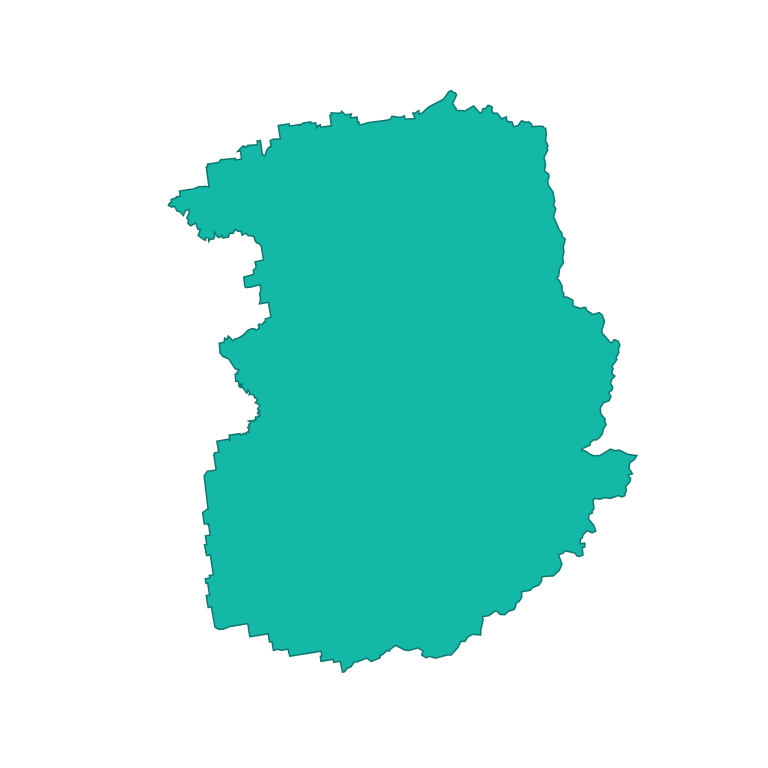 the district of Scenic Rim, Queensland, Australia, rotated 252°
{"feature_id": "25037944B99333709196563", "entity_name": "Scenic Rim", "entity_type": "district", "adm_level": 2, "iso_a3": "AUS", "parent_name": "Australia", "parent_adm1": "Queensland", "projection": "albers", "projection_center": [152.791, -28.04], "detail": "fine", "context": "isolated", "style": "filled", "palette": "teal", "viewbox_px": 768, "rotation_deg": 252, "n_neighbors": 0, "source": "geoboundaries", "source_scale": "gbopen_adm2", "svg_char_len": 6171}
<svg xmlns="http://www.w3.org/2000/svg" viewBox="0 0 768 768"><g transform="rotate(252 384 384)"><path d="M577.8,615.1L579.5,615.1L580.8,612.6L583.1,604.3L585.6,604.6L588.6,602.7L588.6,600.8L591.8,596.1L588.4,591.4L588.5,586.9L593.6,586.8L595.4,582.8L597.0,582.2L600.3,582.9L599.8,577.9L606.5,575.4L607.9,571.2L611.6,571.2L613.8,572.5L616.0,570.7L616.9,569.0L614.5,565.9L615.2,563.2L612.5,561.2L611.8,559.0L620.8,555.2L618.5,544.3L619.4,544.0L621.9,537.3L623.9,537.7L629.3,535.8L636.5,542.4L638.9,541.8L639.7,540.1L642.1,538.9L642.1,536.1L636.5,528.7L633.6,511.8L629.9,504.0L629.8,500.9L633.3,501.6L632.1,497.1L632.8,495.0L626.7,495.6L629.5,485.8L632.7,486.3L632.4,481.9L636.2,474.3L634.2,472.3L633.7,470.0L637.4,450.0L637.7,442.1L638.8,440.6L640.9,441.1L641.1,440.0L646.3,440.8L647.3,434.3L650.9,436.4L651.9,430.3L656.5,428.1L655.0,426.1L658.2,417.4L656.2,417.1L656.3,415.6L645.9,413.7L647.8,403.0L650.2,403.5L650.3,402.5L649.9,400.2L647.6,398.9L653.5,399.8L654.3,395.1L655.9,395.4L657.2,387.5L655.9,384.0L656.8,384.1L658.4,373.9L660.8,374.1L662.5,363.3L648.9,361.1L651.0,354.9L650.7,351.0L644.4,349.9L644.8,347.7L642.6,344.7L638.0,341.6L639.8,339.2L653.7,341.7L654.3,338.4L650.5,337.7L653.1,328.0L652.2,327.6L652.5,324.6L651.5,324.5L653.7,324.2L653.8,323.0L650.4,316.7L649.9,319.5L641.9,318.0L642.9,312.1L644.5,312.3L647.8,298.1L645.8,295.1L647.7,284.1L645.3,283.6L645.5,282.1L625.3,278.4L627.0,275.7L628.9,268.3L628.4,262.8L630.7,249.2L625.6,248.3L626.2,244.4L625.3,244.2L625.2,238.6L622.2,237.7L622.4,236.1L620.4,234.1L617.7,237.1L617.9,239.6L612.5,240.7L610.9,243.2L606.2,245.3L610.1,248.4L610.5,252.2L607.2,251.8L602.8,247.8L600.1,248.8L597.6,247.1L594.2,249.0L595.2,254.7L588.7,254.8L588.2,257.2L582.6,253.1L576.5,257.7L575.9,258.8L578.0,259.2L577.9,261.3L577.0,262.4L573.9,261.4L575.3,263.5L574.6,266.7L576.1,268.3L580.7,269.6L575.2,271.3L574.1,272.7L575.5,275.5L572.8,275.6L571.7,281.4L575.0,283.8L574.0,287.1L577.2,290.2L574.3,292.3L573.5,295.1L569.3,295.1L570.2,299.3L567.0,300.6L565.9,304.1L563.4,306.2L560.8,305.6L557.3,306.6L557.1,307.8L553.6,309.9L539.2,307.7L540.0,299.1L534.4,298.5L532.5,294.7L529.4,294.4L528.6,293.2L529.0,283.6L519.9,281.8L518.5,282.3L517.4,286.4L516.8,296.8L511.4,295.9L508.4,293.7L502.6,292.7L498.7,290.3L497.4,299.3L482.6,297.2L482.5,291.2L479.6,290.1L480.0,288.9L478.2,286.3L479.5,283.8L478.6,282.5L475.9,282.8L474.5,279.0L476.5,277.9L477.4,275.9L477.3,271.4L473.9,265.1L472.5,258.5L473.1,256.3L471.6,253.9L477.7,250.7L474.8,248.3L476.9,246.6L473.1,244.8L473.7,239.9L464.1,237.7L459.8,239.4L455.9,244.0L444.4,247.2L442.4,250.6L440.6,247.8L438.7,248.2L439.4,245.5L432.3,243.8L431.6,246.4L426.3,245.4L424.9,246.8L427.8,247.1L428.1,249.1L425.7,248.3L418.5,250.2L417.8,250.9L420.2,252.8L417.8,253.5L415.5,252.4L415.6,254.2L413.5,256.8L411.0,256.7L409.1,258.5L407.7,258.5L406.0,255.8L402.2,259.5L399.2,256.0L397.5,256.8L395.5,255.1L395.8,257.1L394.1,255.4L392.6,256.5L391.6,255.2L392.5,254.0L391.6,253.3L392.3,251.6L389.2,251.0L390.0,249.5L388.4,248.9L390.4,246.2L390.6,243.8L388.8,245.5L387.2,244.1L387.5,243.1L384.9,242.8L385.5,242.0L384.7,240.8L383.2,241.8L379.8,240.4L380.7,239.4L380.0,237.0L379.1,237.1L380.5,234.7L379.6,234.1L379.9,231.6L381.3,231.8L383.2,220.9L376.8,219.8L379.6,219.4L381.2,207.3L370.3,205.8L370.9,201.9L369.8,200.4L354.2,197.8L355.5,188.8L352.3,184.6L319.8,178.1L317.8,171.8L306.2,169.8L306.1,172.5L304.6,173.1L304.9,173.9L294.0,172.0L294.7,167.2L286.1,165.8L286.5,163.5L275.6,162.3L275.0,166.0L255.2,162.7L255.9,158.7L253.3,158.5L254.0,153.8L249.4,153.1L249.1,154.8L237.3,152.9L237.8,149.6L225.7,147.7L225.6,151.0L204.8,148.1L201.8,151.1L200.5,155.4L201.0,162.2L198.2,180.4L185.1,178.3L182.2,196.7L174.0,195.4L173.6,197.9L164.7,196.5L164.5,201.0L162.4,204.3L161.5,210.7L154.2,210.3L149.3,241.6L144.4,240.8L144.7,239.3L139.7,238.4L137.8,250.6L134.8,250.2L133.8,256.7L122.8,255.5L122.5,257.5L124.8,260.9L125.3,265.2L128.8,269.8L128.0,272.5L128.6,282.9L124.0,286.2L124.7,294.9L125.1,295.9L127.3,296.2L127.0,298.9L129.5,304.4L128.3,306.9L129.7,307.8L131.8,314.5L124.8,321.2L122.9,325.2L122.5,334.7L118.2,338.6L114.5,336.1L110.5,339.6L111.2,342.7L107.4,348.1L106.7,360.7L105.5,364.2L110.7,373.1L115.5,377.6L114.1,381.3L117.5,385.5L118.6,390.8L115.4,398.4L120.3,400.1L128.7,405.2L132.3,405.9L131.3,412.4L133.7,419.6L132.9,421.2L128.9,423.3L127.3,427.6L129.4,432.2L129.3,437.7L130.9,439.9L134.5,441.9L135.8,445.8L138.8,449.2L143.9,450.6L142.6,459.1L144.5,462.6L144.9,469.1L147.8,472.8L152.0,474.6L149.2,485.7L152.7,493.2L157.8,497.6L167.7,497.2L167.6,501.1L169.2,504.8L164.4,513.2L160.9,514.4L159.6,516.3L159.9,520.4L167.2,522.0L166.9,524.4L169.9,525.8L170.7,525.6L171.3,521.5L175.2,522.4L176.6,525.2L178.8,526.3L181.8,531.9L178.2,535.9L178.6,540.0L184.8,539.8L192.5,536.8L196.7,538.7L196.9,542.3L198.6,542.4L200.5,545.2L208.4,546.6L210.1,548.9L207.8,553.6L207.7,558.9L205.2,564.1L205.5,572.4L203.1,575.2L203.3,578.2L208.2,581.7L211.7,582.1L215.0,587.7L216.9,588.8L218.2,589.4L222.0,587.7L221.8,592.5L227.9,591.0L233.2,593.3L234.7,598.7L237.8,602.4L241.5,594.5L248.7,587.0L248.9,583.7L252.1,579.1L249.2,567.4L250.7,561.9L253.0,558.6L257.8,555.1L260.1,551.5L261.3,553.2L262.2,561.0L264.4,562.1L266.1,565.6L265.2,568.8L266.5,572.5L269.2,576.3L273.7,579.0L276.5,582.6L281.1,582.5L282.1,583.5L289.0,580.9L294.4,582.3L298.3,586.8L298.5,592.9L302.1,596.0L306.5,595.0L307.8,599.1L310.4,600.6L314.4,599.7L317.9,601.8L320.2,606.0L323.5,603.9L328.1,606.7L330.1,605.9L335.3,613.1L337.2,612.7L341.2,616.9L345.2,618.0L348.0,620.3L351.9,620.1L354.5,617.6L355.0,616.2L352.7,613.9L353.7,612.0L365.0,607.2L367.8,607.8L375.3,613.1L382.3,612.8L385.4,610.7L385.5,604.4L391.5,599.3L394.4,599.6L395.3,597.2L394.8,594.8L399.7,588.0L405.4,589.5L410.0,585.0L411.3,581.9L414.7,583.0L417.9,582.1L421.8,583.6L428.1,582.8L431.3,580.9L432.7,583.4L439.6,586.8L443.8,592.2L449.3,593.0L453.7,595.9L458.9,596.8L465.9,601.2L469.0,599.1L472.8,599.8L476.4,598.3L490.9,597.0L497.6,601.6L501.6,600.5L505.6,603.0L514.6,604.0L522.4,601.6L527.7,602.8L529.0,604.5L532.6,605.6L537.0,602.3L542.3,605.4L550.1,606.2L555.8,612.0L557.9,611.8L559.9,613.6L565.4,612.8L571.3,615.5L577.3,616.7L577.8,615.1Z" fill="#14b8a6" stroke="#0f766e" stroke-width="1.5"/></g></svg>